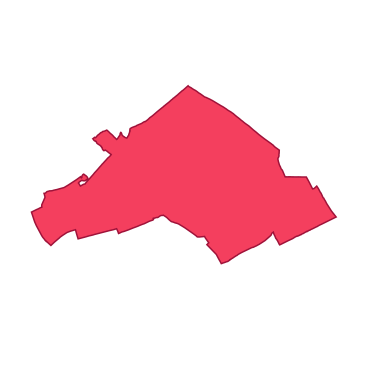 Cordareni, Botosani, Romania, rotated 290°
{"feature_id": "2599482B43153830324809", "entity_name": "Cordareni", "entity_type": "district", "adm_level": 2, "iso_a3": "ROU", "parent_name": "Romania", "parent_adm1": "Botosani", "projection": "mercator", "projection_center": [26.59, 47.999], "detail": "fine", "context": "isolated", "style": "filled", "palette": "rose", "viewbox_px": 384, "rotation_deg": 290, "n_neighbors": 0, "source": "geoboundaries", "source_scale": "gbopen_adm2", "svg_char_len": 5951}
<svg xmlns="http://www.w3.org/2000/svg" viewBox="0 0 384 384"><g transform="rotate(290 192 192)"><path d="M240.2,307.2L237.9,306.0L236.8,305.3L236.2,304.2L241.8,298.2L245.2,294.3L243.8,290.5L242.5,286.6L241.9,285.1L240.4,280.8L239.8,278.9L238.9,276.6L238.1,274.3L239.0,273.5L243.3,269.5L243.6,269.1L244.2,267.9L244.9,267.2L245.5,266.8L247.3,264.9L248.8,263.8L250.0,262.9L250.6,262.5L252.2,261.5L252.8,261.3L253.8,261.3L254.8,261.5L255.9,261.3L257.1,260.8L258.3,260.6L259.8,260.1L261.2,259.7L262.3,255.7L262.8,254.1L263.1,253.5L263.2,253.3L263.7,252.3L264.0,251.6L264.0,251.2L264.4,250.2L266.7,242.0L268.9,235.1L270.2,231.7L271.3,228.4L273.5,222.9L274.7,218.4L275.3,216.6L275.9,215.1L276.1,214.2L277.2,211.3L277.4,210.6L277.7,209.8L277.8,209.3L278.8,206.4L279.3,205.1L279.8,203.9L280.0,202.8L280.3,202.1L280.7,200.2L280.8,199.5L281.0,198.7L281.2,197.4L281.7,196.0L282.7,191.8L282.9,190.2L284.9,180.0L285.1,178.4L285.3,177.2L285.7,172.5L285.6,171.3L286.0,170.1L286.6,168.0L287.1,166.2L287.5,164.1L287.9,163.1L288.6,160.6L288.8,159.0L289.2,157.1L289.7,155.3L289.9,153.4L290.2,152.5L290.5,152.0L284.6,148.8L283.7,148.1L279.1,145.6L278.4,145.3L277.5,144.7L274.1,142.7L273.5,142.2L272.6,141.9L271.6,141.2L268.9,139.8L267.1,138.7L264.5,137.1L263.8,136.8L262.9,136.1L262.4,135.9L261.6,135.5L260.9,135.0L255.5,131.8L251.0,129.3L249.2,128.2L247.5,127.0L245.0,125.8L244.0,125.2L242.5,124.2L242.2,124.1L242.0,123.8L242.0,123.5L241.9,123.3L241.0,122.5L239.1,121.1L237.3,119.1L235.7,117.4L235.4,117.1L234.5,116.6L233.9,115.6L233.1,114.8L232.4,113.9L231.3,112.9L230.9,112.6L230.5,112.2L230.3,112.2L228.9,112.4L228.7,112.7L228.3,112.9L228.1,112.7L227.4,112.9L227.0,112.8L226.2,113.0L224.8,112.9L223.7,113.1L223.2,113.0L222.3,112.6L221.2,112.6L220.6,112.4L220.4,112.3L220.4,112.1L220.3,110.4L220.7,109.5L220.7,109.3L220.6,109.2L220.8,108.6L221.1,107.8L221.6,106.9L221.8,106.6L222.8,105.9L223.3,105.5L223.7,104.8L223.7,104.7L222.8,104.5L222.3,104.5L221.1,104.8L220.6,104.7L219.8,104.5L219.6,104.6L219.1,104.3L218.0,104.1L216.0,103.5L215.6,103.2L216.7,100.9L216.9,100.2L217.2,99.7L217.3,99.5L217.8,98.6L218.3,97.6L219.4,94.6L220.1,93.2L220.8,91.5L221.0,90.9L221.0,90.7L219.5,89.2L218.9,88.4L218.4,87.5L218.1,87.2L217.3,86.9L217.1,86.8L216.7,86.1L216.3,85.8L214.7,85.0L213.0,83.9L210.2,82.9L210.0,82.6L210.1,81.8L208.1,80.6L207.9,81.1L207.3,81.7L206.9,82.5L206.6,83.8L206.9,84.0L206.8,84.4L206.4,85.0L205.6,85.6L205.4,85.9L205.2,86.2L204.9,87.2L204.3,89.9L203.9,90.4L203.9,90.9L203.9,91.1L203.4,91.6L203.2,91.6L202.9,92.0L202.8,92.3L202.8,92.5L202.0,92.9L201.8,93.1L201.3,93.7L200.7,94.8L200.7,95.1L200.9,95.4L201.7,96.1L201.7,96.3L201.7,96.5L201.5,97.0L201.3,98.1L200.4,100.5L200.2,101.4L200.0,102.0L199.8,102.2L199.7,102.9L199.7,103.1L199.6,103.3L199.2,103.2L197.1,102.4L195.4,101.4L194.2,100.9L192.4,100.2L190.8,99.5L187.8,98.3L187.6,98.1L187.2,98.0L185.0,97.2L183.6,96.6L183.0,96.4L180.9,95.6L178.9,94.8L176.8,93.9L174.7,93.2L170.7,91.6L169.3,91.1L168.5,90.7L164.0,89.0L162.9,88.7L162.5,87.9L161.9,87.2L159.4,85.1L159.5,84.9L160.9,83.3L161.6,82.2L162.9,82.7L165.1,84.3L165.3,84.6L165.3,85.9L165.8,87.3L166.0,87.7L166.6,88.1L167.0,88.5L167.3,88.5L167.6,88.6L167.9,88.9L168.8,89.5L169.0,89.5L169.3,89.4L170.1,88.6L170.4,88.1L171.1,86.6L171.2,85.9L171.7,84.4L171.7,84.0L171.4,83.8L171.0,83.5L169.9,83.2L168.9,83.1L168.5,83.3L168.3,83.4L168.1,83.5L167.9,83.5L167.4,83.1L168.2,82.0L164.2,79.3L156.4,73.5L152.6,70.4L152.1,69.8L149.5,66.1L148.3,64.5L146.4,61.5L145.7,60.6L145.1,59.6L144.2,57.5L143.4,56.6L143.2,56.2L143.0,55.8L142.3,55.3L141.2,54.9L140.5,54.2L140.1,53.4L139.1,54.2L137.3,55.4L136.6,55.7L128.6,55.2L127.4,55.6L126.4,56.1L125.6,55.1L123.5,53.2L122.3,51.9L118.2,48.0L110.1,54.4L107.2,57.2L104.6,60.1L99.5,65.8L98.3,67.4L97.4,69.0L96.3,70.6L95.8,71.7L96.0,71.7L93.5,77.7L97.9,79.9L103.5,83.1L104.6,83.6L107.2,85.4L110.8,88.1L111.3,88.5L113.7,91.3L116.7,95.4L113.0,98.0L109.0,101.0L113.3,107.2L115.8,110.6L116.6,111.9L118.1,114.1L118.7,114.8L121.0,118.2L127.4,127.5L129.8,131.2L131.7,133.7L130.0,135.4L129.2,136.2L128.5,136.6L127.9,137.2L128.3,137.6L128.8,138.2L130.3,139.6L131.7,141.6L134.6,145.1L138.1,149.0L141.4,152.9L142.5,154.0L144.8,156.6L145.8,157.9L150.0,162.0L151.9,164.4L152.5,165.0L153.1,165.2L153.5,164.9L153.7,164.6L154.1,164.6L154.2,164.8L154.3,165.2L154.6,165.7L155.9,167.4L156.1,168.1L156.3,168.4L156.6,168.8L158.6,170.2L159.0,170.6L159.3,170.9L159.9,172.3L160.1,172.7L160.4,173.0L159.6,176.4L159.3,177.3L158.1,179.9L157.1,182.7L157.3,184.9L157.2,186.0L157.3,187.9L157.4,188.3L157.4,190.2L156.2,196.2L155.9,197.6L153.3,207.3L152.3,210.7L151.6,212.3L152.2,214.2L154.5,219.0L153.5,220.1L150.0,225.1L147.6,224.0L141.6,236.3L140.1,237.9L137.6,240.7L136.1,242.5L134.7,244.0L135.2,244.7L135.7,245.1L136.2,245.9L136.8,246.6L137.1,247.0L138.0,248.0L139.0,249.4L141.1,250.9L141.3,250.7L141.4,250.8L141.9,251.2L142.4,251.8L143.4,252.4L143.6,252.7L145.6,254.1L146.1,254.5L147.1,255.2L147.7,255.9L149.1,256.7L151.4,258.7L152.6,259.8L156.8,263.9L160.0,267.0L160.7,267.9L161.1,268.6L162.8,270.2L163.4,270.9L164.6,271.9L166.0,273.2L166.7,273.6L167.0,274.0L167.9,274.6L168.4,275.0L171.3,277.2L177.5,280.6L178.6,281.1L179.0,281.1L179.7,281.1L180.6,281.2L181.2,281.5L182.1,282.1L180.4,283.4L178.8,285.1L177.9,285.9L177.3,286.4L176.9,286.9L176.6,287.5L176.3,287.9L175.2,289.3L172.7,291.9L172.3,292.5L174.7,294.8L178.7,298.6L182.6,302.5L184.6,304.0L186.2,305.4L186.2,305.7L186.5,306.1L186.8,306.3L187.1,306.9L188.0,307.6L188.1,308.0L189.0,308.5L189.1,309.0L189.6,309.3L190.7,310.2L191.0,310.7L193.3,312.5L193.8,313.1L194.2,313.3L194.1,313.6L194.3,313.7L194.8,314.0L195.2,314.6L196.0,315.1L196.4,315.8L197.5,316.6L198.3,317.5L201.7,320.7L202.4,321.5L203.2,322.1L204.3,323.0L206.1,324.8L217.8,336.0L221.9,329.4L224.6,325.9L227.2,322.5L228.3,321.3L228.9,320.7L230.4,318.8L231.3,317.9L231.4,317.3L231.8,316.8L234.2,314.5L235.3,313.3L236.0,312.2L236.9,311.3L237.9,310.2L238.9,309.0L239.6,308.0L240.2,307.2Z" fill="#f43f5e" stroke="#9f1239" stroke-width="1.5"/></g></svg>